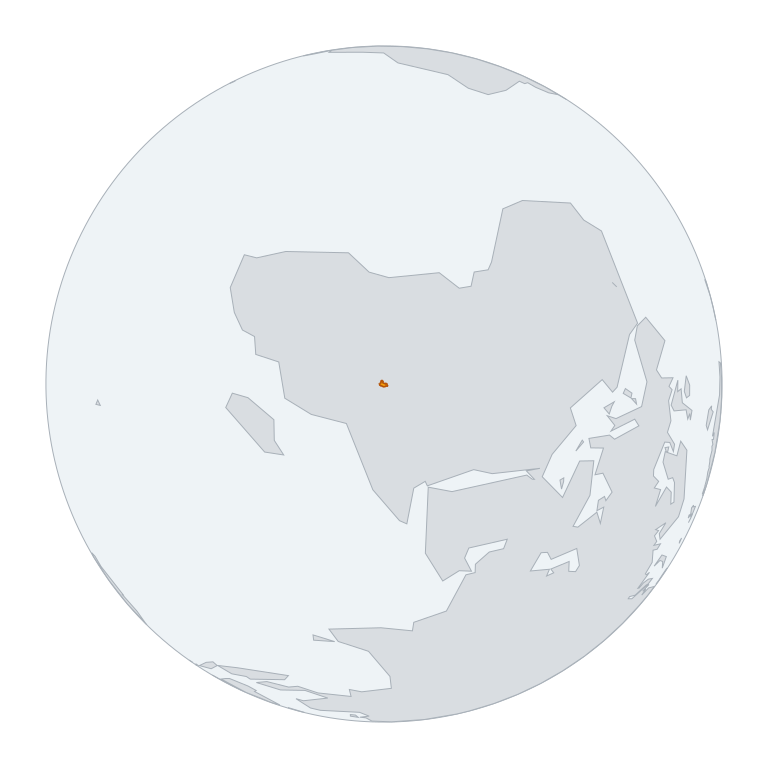 Eastern highlighted on a globe, orthographic projection, rotated 115°
{"feature_id": "RWA-3493", "entity_name": "Eastern", "entity_type": "Province", "adm_level": 1, "iso_a3": "RWA", "parent_name": "Rwanda", "parent_adm1": "", "projection": "orthographic", "projection_center": [30.365, -1.745], "detail": "fine", "context": "on_globe", "style": "filled", "palette": "amber", "viewbox_px": 768, "rotation_deg": 115, "n_neighbors": 0, "source": "natural_earth", "source_scale": "10m", "svg_char_len": 7315}
<svg xmlns="http://www.w3.org/2000/svg" viewBox="0 0 768 768"><g transform="rotate(115 384 384)"><circle cx="384" cy="384" r="338" fill="#eef3f6" stroke="#a8b0b8"/><path d="M186.0,110.2L182.4,112.9L177.1,116.9L173.4,119.7L186.0,110.2ZM49.1,338.7L48.2,348.4L50.5,357.8L51.0,372.0L50.2,381.1L52.3,383.4L52.4,389.3L66.2,397.5L77.7,411.9L80.3,432.6L76.6,456.7L87.1,507.1L84.1,524.2L92.7,544.4L106.6,573.9L103.6,572.3L114.1,586.4L120.4,595.2L120.7,595.8L105.8,575.8L92.4,554.8L80.6,532.8L70.5,510.0L62.0,486.6L55.3,462.6L50.4,438.1L47.4,413.4L46.1,388.5L46.7,363.5L49.1,338.7ZM175.3,649.8L171.8,646.7L174.0,648.3L176.9,650.9L175.3,649.8ZM467.1,56.5L474.4,58.5L475.7,58.8L500.0,66.6L523.6,76.2L546.4,87.6L568.2,100.7L589.1,115.4L608.7,131.6L627.1,149.3L644.1,168.3L645.6,170.2L652.2,178.4L671.0,205.6L687.0,234.4L694.6,252.5L694.2,259.2L696.1,264.9L691.3,257.1L691.9,267.4L706.6,303.7L708.7,313.7L706.4,330.8L705.1,323.1L692.4,302.2L695.1,326.1L705.0,348.4L708.5,373.5L703.2,364.4L699.0,342.4L694.4,334.4L691.9,313.3L681.1,281.8L675.5,286.3L672.4,274.1L656.7,248.7L646.5,255.0L632.8,285.1L636.7,316.7L629.4,330.3L606.2,283.7L595.7,253.9L587.4,256.3L563.4,231.5L522.3,229.1L516.4,221.7L508.7,225.0L491.8,217.6L482.7,206.0L472.6,206.7L496.8,237.8L507.7,237.4L516.7,225.6L521.4,236.9L537.7,247.5L519.9,275.0L458.8,300.3L452.8,276.9L406.2,216.1L407.6,209.5L407.4,208.7L406.8,207.4L402.6,218.2L394.5,207.0L419.5,248.0L423.7,266.5L458.0,301.7L454.8,305.5L465.8,313.0L501.1,304.2L501.3,312.2L484.6,349.4L435.7,401.4L442.3,437.1L438.8,467.9L408.5,488.7L411.4,512.7L395.7,521.4L394.9,535.1L382.4,549.9L361.6,564.1L325.9,565.2L323.5,552.7L305.4,529.0L280.1,471.6L288.9,444.8L285.6,424.6L259.8,381.0L265.4,356.3L258.6,346.4L244.4,349.6L236.5,337.9L228.0,338.1L175.0,350.3L159.2,336.1L141.2,291.5L151.0,272.3L153.4,251.6L221.7,179.9L235.4,182.4L288.4,171.4L294.8,173.4L287.8,188.1L326.9,205.0L340.5,192.3L376.7,201.9L401.2,201.4L411.4,174.2L371.1,174.1L364.9,161.4L397.8,150.3L433.1,152.5L431.8,147.8L410.2,136.9L418.9,129.0L402.7,132.8L408.8,137.5L398.8,140.5L392.7,136.6L396.0,133.6L385.6,131.6L372.3,147.9L377.1,154.4L349.3,158.0L354.5,169.6L346.7,175.3L335.0,158.0L336.6,151.7L314.2,135.3L309.9,141.9L330.8,158.4L324.0,157.3L318.4,168.3L317.3,159.1L295.6,141.0L270.9,146.6L238.3,175.3L224.2,179.0L212.9,175.0L226.0,147.7L256.1,143.0L261.2,134.9L256.2,124.7L265.7,124.7L267.4,120.5L278.9,119.0L296.1,108.4L308.0,106.7L315.8,95.2L322.9,93.2L316.2,100.3L318.0,105.0L347.5,103.4L353.5,100.9L356.2,93.9L364.0,95.1L362.8,88.7L380.3,86.3L358.0,84.4L360.6,78.0L371.7,73.3L368.5,71.3L350.5,79.1L346.9,82.8L350.2,86.2L336.9,98.1L326.5,100.5L325.3,88.2L310.4,90.9L316.0,81.5L361.4,63.5L379.8,61.0L408.0,68.2L403.2,71.3L390.6,69.9L401.2,76.3L400.8,73.2L407.3,74.7L411.4,70.3L416.2,71.2L412.0,65.9L418.3,66.6L420.9,69.9L432.3,65.6L445.7,66.9L446.0,65.6L442.5,63.8L461.9,67.6L461.2,66.6L454.6,64.8L449.1,61.9L446.8,58.6L453.6,60.1L455.4,61.4L469.3,67.2L472.9,71.6L475.4,71.9L473.9,68.6L457.0,61.4L453.7,59.1L462.5,62.0L459.0,60.8L459.5,60.2L466.4,61.2L457.0,58.0L453.2,53.4L464.9,55.9L467.1,56.5ZM197.6,214.1L195.5,220.1L197.6,214.1ZM470.5,170.3L491.6,172.3L482.0,155.8L489.3,155.5L483.4,150.4L481.2,154.6L466.6,141.2L475.7,137.4L473.1,131.1L465.9,130.2L451.6,139.8L472.3,158.4L467.5,164.7L470.5,170.3ZM166.7,125.2L174.7,118.8L166.2,125.6L161.3,130.3L153.6,137.6L157.8,133.3L153.7,136.9L155.8,134.8L166.7,125.2ZM265.2,102.2L268.7,104.0L263.8,108.7L248.8,113.6L255.8,106.5L265.2,102.2ZM274.9,105.7L277.8,93.7L287.3,91.1L281.5,94.4L287.4,93.9L279.7,99.3L285.8,109.7L281.8,114.8L256.3,119.3L266.8,114.6L262.8,112.7L274.9,105.7ZM268.7,76.7L270.1,73.9L288.8,71.4L285.3,74.5L270.2,78.7L265.3,77.8L268.7,76.7ZM336.8,49.4L336.7,49.4L340.8,48.8L342.5,48.6L350.0,47.8L350.7,48.1L343.4,48.7L349.4,49.0L339.6,50.1L340.9,50.1L333.5,51.4L326.7,53.4L322.4,53.9L321.6,54.5L316.7,55.9L314.2,57.0L305.5,58.7L301.8,60.5L299.8,60.4L295.7,63.2L294.9,62.0L288.4,64.2L292.6,64.2L252.0,75.3L235.6,82.5L222.3,89.8L222.7,88.0L235.4,80.8L253.6,72.3L269.4,66.2L266.7,67.1L273.5,64.7L272.7,65.0L276.3,63.7L306.2,55.2L336.8,49.4ZM302.8,167.8L307.9,168.1L316.0,167.2L312.6,174.6L302.8,167.8ZM287.5,155.4L292.3,154.3L291.4,163.2L286.1,163.3L287.5,155.4ZM295.5,146.6L292.6,153.5L291.0,149.8L295.5,146.6ZM320.7,99.3L325.8,98.2L326.0,99.7L322.9,102.4L320.7,99.3ZM366.3,52.9L362.9,52.2L364.6,51.8L363.3,50.0L370.5,49.6L374.1,50.5L366.3,52.9ZM404.2,178.7L396.7,183.9L393.1,181.4L396.4,180.0L404.2,178.7ZM352.2,178.6L363.7,181.8L351.1,180.6L352.2,178.6ZM373.9,52.1L372.6,51.2L377.0,51.6L373.9,52.1ZM375.7,49.3L381.0,49.5L371.2,49.4L375.7,49.3ZM523.3,632.1L524.2,636.5L519.5,636.7L523.3,632.1ZM496.1,463.4L472.2,517.5L456.4,517.6L453.9,501.5L462.9,468.7L481.5,459.6L490.7,444.9L496.1,463.4ZM716.5,444.0L717.1,439.8L716.8,442.4L716.5,444.0ZM717.7,433.1L717.9,434.9L717.1,436.4L717.7,433.1ZM718.0,435.6L717.9,435.7L718.0,435.1L718.0,435.6ZM717.2,432.3L711.4,427.5L708.1,421.6L709.7,416.2L715.1,420.3L717.2,432.3ZM709.4,415.9L703.2,397.2L688.7,347.4L694.0,349.1L708.0,380.5L707.3,385.2L711.0,399.5L709.4,415.9ZM721.1,392.1L720.2,406.9L717.8,403.0L716.2,399.5L715.2,379.5L715.8,370.3L717.4,371.4L718.9,342.7L720.3,352.0L720.9,364.4L721.8,378.4L721.1,392.1ZM638.3,319.8L645.9,339.5L641.4,342.3L638.3,319.8ZM716.2,322.0L717.8,334.3L715.3,317.3L716.2,322.0ZM699.2,274.1L697.8,274.8L696.1,270.0L697.0,266.4L699.2,274.1ZM433.3,54.0L427.1,56.4L427.3,59.3L434.9,62.2L421.5,59.8L421.1,55.2L433.3,54.0ZM450.0,52.9L443.3,51.5L447.9,52.2L450.1,52.7L450.0,52.9ZM444.8,51.9L433.5,50.2L430.8,49.5L440.3,51.0L444.8,51.9ZM403.7,49.1L401.4,49.7L397.8,49.2L403.7,49.1ZM663.2,574.4L660.4,577.7L662.3,573.0L669.0,563.3L685.1,531.6L685.2,532.7L694.2,512.0L702.2,497.9L702.4,497.1L691.6,524.0L678.4,549.8L663.2,574.4ZM720.6,413.8L720.3,416.6L720.4,415.5L721.4,400.2L721.9,383.0L721.9,379.8L721.9,382.4L721.9,382.6L721.9,385.0L720.6,413.8Z" fill="#d9dde1" stroke="#a8b0b8" stroke-width="1"/><path d="M384.3,387.3L384.1,387.3L383.9,387.4L383.8,387.5L383.7,387.6L383.4,387.6L383.1,387.5L382.8,388.0L382.7,388.0L382.4,388.0L382.3,387.9L382.2,387.8L382.0,387.6L381.9,387.6L381.7,387.5L381.6,387.4L381.7,387.2L381.7,386.9L381.8,386.6L381.8,386.3L381.9,386.2L382.0,385.9L382.3,385.9L382.5,385.8L382.7,385.7L382.8,385.7L383.0,385.8L383.2,385.6L383.2,385.4L383.3,385.3L383.3,385.2L383.5,385.1L383.4,384.9L383.4,384.7L383.5,384.5L383.5,384.4L383.4,384.2L383.3,383.9L383.4,383.7L383.2,383.6L383.1,383.4L382.9,383.2L382.8,382.8L382.9,382.7L382.7,382.7L382.6,382.4L382.5,382.2L382.4,382.1L382.3,381.9L382.2,381.9L382.4,381.8L382.7,381.7L382.8,381.3L382.8,381.2L383.0,381.2L383.4,380.9L383.5,380.7L383.7,380.4L383.8,380.1L384.0,380.0L384.3,380.0L384.5,380.0L384.6,380.3L384.6,380.5L384.8,380.5L384.9,380.8L385.0,381.0L385.1,381.3L385.1,381.5L385.4,381.6L385.5,381.7L385.6,381.8L386.0,381.9L386.2,382.0L386.2,382.3L386.2,382.5L386.3,382.6L386.5,383.0L386.8,383.2L386.8,383.4L386.7,383.9L386.8,384.0L386.7,384.2L386.7,384.3L386.8,384.5L386.7,384.7L386.7,384.8L386.6,385.0L386.7,385.3L386.7,385.6L386.8,385.6L387.0,385.7L387.0,385.8L387.1,386.0L386.9,386.6L386.8,386.9L386.9,387.3L386.8,387.5L386.7,387.6L386.4,387.7L386.3,387.8L386.3,387.7L386.0,387.6L385.9,387.6L385.7,387.8L385.4,387.8L385.2,387.8L384.9,387.9L384.7,387.8L384.4,387.5L384.3,387.4L384.3,387.3Z" fill="#f59e0b" stroke="#b45309" stroke-width="1.5"/></g></svg>